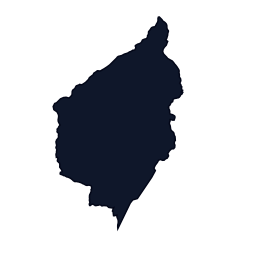 the district of Banita, Hunedoara, Romania, rotated 153°
{"feature_id": "2599482B47151005548823", "entity_name": "Banita", "entity_type": "district", "adm_level": 2, "iso_a3": "ROU", "parent_name": "Romania", "parent_adm1": "Hunedoara", "projection": "mercator", "projection_center": [23.267, 45.473], "detail": "fine", "context": "isolated", "style": "filled", "palette": "ink", "viewbox_px": 256, "rotation_deg": 153, "n_neighbors": 0, "source": "geoboundaries", "source_scale": "gbopen_adm2", "svg_char_len": 5766}
<svg xmlns="http://www.w3.org/2000/svg" viewBox="0 0 256 256"><g transform="rotate(153 128 128)"><path d="M130.2,192.7L133.7,192.3L134.7,191.3L139.5,190.4L141.1,189.2L145.0,187.9L148.5,187.5L150.1,187.7L151.2,188.8L152.2,188.7L154.9,189.0L156.0,188.4L157.4,187.3L160.1,186.8L161.1,185.9L162.7,183.1L164.8,182.0L167.0,181.5L169.2,183.5L171.6,184.4L174.9,184.6L180.2,182.9L182.2,183.1L184.9,181.1L185.7,178.0L185.0,176.6L184.3,175.4L183.9,174.5L183.9,173.6L183.9,172.4L184.0,171.1L184.7,169.5L186.6,166.9L187.2,165.3L187.2,164.2L187.2,161.5L189.0,160.6L190.6,159.4L191.2,159.3L191.6,159.2L191.7,158.9L191.9,158.7L192.0,158.3L192.3,157.6L192.7,157.2L192.9,156.9L192.9,156.2L192.3,154.7L192.4,154.3L193.3,153.2L193.7,152.2L194.1,151.3L194.3,151.1L194.6,150.9L195.2,150.6L195.7,150.2L196.3,150.1L196.6,149.8L196.9,149.8L197.2,149.7L197.5,149.3L197.8,148.9L198.3,148.5L198.5,148.4L198.6,148.2L198.6,147.5L198.9,147.1L199.0,146.7L199.0,146.3L199.2,145.9L199.3,145.4L199.7,144.6L199.9,144.3L200.3,144.0L200.7,143.8L201.0,143.4L201.2,142.7L201.2,141.0L201.4,140.6L202.1,140.0L202.3,139.7L202.6,138.9L202.9,138.5L203.9,137.5L204.1,137.3L204.2,136.8L204.6,136.1L204.8,135.3L205.2,134.3L204.4,134.1L204.3,133.6L204.1,133.2L204.2,132.6L204.6,132.4L205.1,131.8L205.4,131.3L205.7,131.1L205.9,130.4L205.8,130.2L205.5,129.5L205.5,129.1L204.9,127.9L205.3,126.5L205.5,126.1L205.9,125.3L206.4,124.5L206.6,124.1L206.4,122.8L206.3,122.0L206.1,121.1L206.2,120.3L206.4,119.0L207.4,119.0L208.3,119.2L209.1,118.3L209.3,117.7L208.4,116.6L208.0,116.5L207.6,116.3L207.4,115.4L206.8,114.7L205.9,114.2L205.8,113.9L205.7,113.7L205.5,113.4L205.0,112.6L204.7,112.2L204.0,111.7L203.8,111.5L203.7,111.3L203.4,111.0L202.9,110.5L202.3,109.6L201.8,108.8L201.1,107.3L200.9,106.9L200.8,106.3L200.6,105.8L200.5,105.6L200.3,105.3L199.7,104.4L199.4,104.2L199.0,104.1L198.6,104.0L198.1,103.6L196.7,102.5L196.1,102.1L195.8,101.7L195.4,101.3L195.0,100.9L194.6,100.5L194.3,100.3L194.0,99.6L193.9,99.4L193.8,99.2L193.2,98.6L192.7,98.0L192.1,97.1L191.4,96.1L191.2,95.9L190.4,95.4L190.0,95.3L189.1,95.0L188.7,94.8L188.2,94.4L187.7,94.1L187.5,93.8L187.1,93.0L187.2,92.2L187.6,91.0L187.9,90.6L188.2,90.3L188.5,90.1L188.8,89.9L189.0,89.7L189.1,89.0L189.5,88.4L189.9,87.9L190.9,87.1L191.3,86.7L192.1,86.2L192.3,86.0L192.7,85.6L193.2,84.9L193.5,84.3L193.9,83.6L194.2,82.9L194.5,81.9L194.8,81.8L194.9,81.5L195.0,81.3L195.2,81.2L195.2,80.6L195.5,80.1L195.6,79.6L195.9,78.6L196.3,78.4L196.6,78.3L196.7,77.9L196.9,77.7L197.2,77.4L197.3,76.9L197.3,76.4L197.1,76.1L196.8,76.1L195.6,76.3L194.2,76.4L193.9,76.1L193.3,75.3L193.1,74.9L192.7,74.4L192.5,73.8L191.0,73.1L190.6,73.1L189.5,72.7L187.9,72.4L187.3,71.8L187.0,71.0L186.6,70.4L185.1,70.0L184.2,69.7L183.8,69.2L182.8,68.8L182.3,68.4L181.9,67.8L181.2,66.0L180.3,65.3L178.3,63.9L176.8,63.6L177.9,62.7L179.6,61.0L179.3,60.2L180.7,56.4L180.3,56.1L177.4,55.4L178.2,53.9L178.4,52.1L178.5,50.7L179.2,49.0L179.7,48.1L180.6,46.9L181.2,46.2L182.1,44.5L182.7,43.0L160.1,60.1L156.4,61.8L151.7,60.9L129.3,73.3L123.0,77.6L123.2,80.4L120.7,82.4L117.3,84.1L115.5,85.4L113.3,85.2L112.0,83.6L110.4,82.9L108.5,83.5L106.9,83.3L106.0,83.8L104.6,84.7L104.3,85.6L104.4,87.0L101.6,88.8L98.2,89.8L97.8,89.2L96.8,88.8L95.2,89.5L94.0,91.4L93.8,93.3L92.7,94.9L91.5,95.4L90.0,99.0L90.1,100.4L89.8,101.6L89.4,102.6L89.6,103.2L89.7,104.2L90.1,105.1L90.5,105.5L90.5,106.2L90.6,107.3L90.1,108.8L89.5,110.5L89.3,111.7L89.4,112.1L89.2,113.1L88.9,113.5L88.2,114.5L87.8,115.0L87.5,115.0L87.4,115.3L87.1,115.6L87.0,115.8L86.9,116.2L86.5,116.5L84.9,114.9L83.3,114.1L82.5,114.9L81.8,115.6L81.1,116.5L81.1,117.1L81.0,117.5L81.6,118.6L82.2,119.6L83.0,120.3L83.5,120.7L84.2,121.5L84.0,122.6L83.2,124.0L83.0,124.8L82.8,127.4L82.4,127.8L82.6,128.2L81.6,129.1L81.1,129.1L80.6,129.2L80.2,129.5L79.8,129.8L79.0,130.3L78.8,130.5L78.3,130.9L78.1,131.1L77.9,131.2L77.6,131.2L77.3,131.4L77.1,131.4L76.9,131.2L76.5,131.1L76.1,131.4L74.8,133.0L74.4,133.3L73.3,133.2L73.0,133.0L72.3,132.9L72.0,132.9L71.2,132.5L70.2,132.4L69.6,132.1L68.2,132.2L68.0,132.5L66.8,132.9L66.2,133.5L65.5,133.8L64.7,133.7L63.0,134.9L64.2,136.0L63.6,136.3L62.9,136.3L62.2,136.8L62.8,137.5L62.4,138.8L61.4,140.3L61.7,140.6L61.3,142.5L61.4,143.6L61.6,144.4L60.2,145.4L59.4,146.3L58.8,148.1L59.1,150.2L58.0,152.2L57.5,154.1L56.5,155.7L56.3,157.1L56.4,158.0L56.5,158.8L56.6,160.2L57.1,162.8L57.4,163.6L57.6,165.3L58.1,167.5L59.4,169.4L60.2,170.6L61.1,171.9L61.4,173.5L62.7,177.7L62.5,180.2L61.0,182.2L59.1,183.4L56.2,184.5L55.2,185.5L53.3,187.2L54.6,189.4L53.8,189.6L53.3,189.9L52.7,190.4L51.3,191.9L50.6,192.6L50.3,193.1L50.0,193.6L49.1,194.9L48.6,195.2L48.3,195.6L48.0,196.0L47.9,196.4L48.1,197.5L48.1,198.4L48.1,199.0L47.9,199.4L47.5,200.5L47.1,201.1L46.8,202.0L46.7,202.9L46.7,203.6L46.9,204.3L47.0,204.7L47.2,205.3L47.6,206.1L48.1,207.0L48.4,207.5L48.5,208.1L48.5,208.8L48.7,209.6L49.7,212.7L50.0,212.8L50.6,213.0L51.0,212.6L51.3,212.3L51.8,211.6L52.1,210.8L52.9,209.5L54.1,208.5L55.6,207.6L55.9,207.3L56.5,206.9L57.3,206.3L57.6,206.2L58.4,206.1L58.7,206.1L59.4,206.5L59.8,206.6L61.2,206.7L62.1,206.4L63.6,205.5L65.9,204.5L66.6,203.4L67.3,202.1L67.9,201.9L68.2,201.7L68.6,201.5L68.8,201.1L69.1,200.6L69.6,200.0L70.0,199.8L70.5,199.4L71.1,199.3L71.5,199.3L73.0,199.7L74.5,199.8L75.1,199.8L75.4,199.7L76.0,199.1L76.5,198.7L77.5,198.2L78.1,198.0L78.8,198.0L79.7,198.0L80.2,198.1L80.6,198.2L81.0,198.3L82.0,198.3L82.7,198.2L83.3,198.1L83.7,198.2L84.0,198.1L84.3,197.7L84.4,197.3L84.4,196.6L84.7,195.8L86.4,194.5L87.5,194.5L88.1,195.1L90.4,194.9L92.2,195.1L94.3,194.9L97.8,195.5L100.7,195.4L104.1,196.2L105.4,196.0L106.3,195.5L115.7,192.5L118.8,192.0L122.4,191.6L125.2,191.5L125.5,191.4L126.6,191.4L127.1,191.5L127.5,191.8L127.8,191.9L128.2,192.3L128.6,192.3L129.3,192.9L129.7,192.9L130.2,192.7Z" fill="#0f172a" stroke="#020617" stroke-width="1.5"/></g></svg>